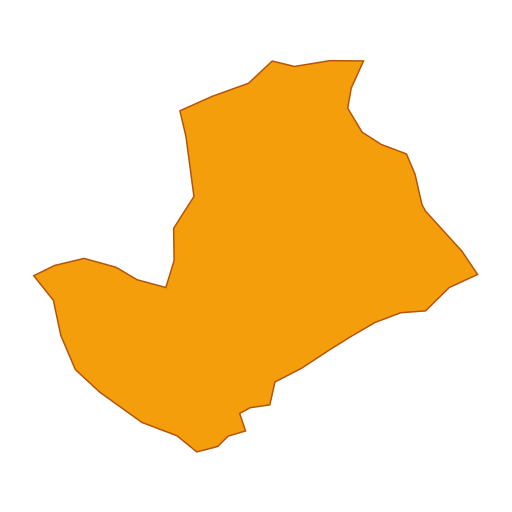 outline of Ngourkosso, Logone Occidental, Chad, rotated 91°
{"feature_id": "50815135B58104899779962", "entity_name": "Ngourkosso", "entity_type": "district", "adm_level": 2, "iso_a3": "TCD", "parent_name": "Chad", "parent_adm1": "Logone Occidental", "projection": "mercator", "projection_center": [16.377, 8.968], "detail": "fine", "context": "isolated", "style": "filled", "palette": "amber", "viewbox_px": 512, "rotation_deg": 91, "n_neighbors": 0, "source": "geoboundaries", "source_scale": "gbopen_adm2", "svg_char_len": 874}
<svg xmlns="http://www.w3.org/2000/svg" viewBox="0 0 512 512"><g transform="rotate(91 256 256)"><path d="M279.6,477.9L303.9,457.8L338.8,449.8L372.8,434.6L395.0,409.7L424.4,367.2L437.1,331.9L452.9,311.8L447.1,290.9L442.2,286.2L436.7,280.8L436.3,279.9L431.1,263.4L413.7,269.6L407.8,259.2L405.1,242.8L405.0,242.2L404.9,242.0L404.6,239.6L381.6,234.8L367.3,208.3L348.4,180.6L337.7,164.1L336.0,161.5L335.9,161.4L329.1,150.2L327.5,147.5L320.5,136.1L310.2,110.4L307.9,85.5L284.1,62.2L270.6,34.1L247.6,50.2L208.2,87.3L201.6,91.0L176.4,97.2L171.5,98.4L151.4,107.3L142.2,132.9L130.3,152.1L106.6,166.9L86.4,163.7L78.1,160.1L59.1,151.9L59.4,185.6L65.8,221.0L60.8,243.2L83.4,266.5L97.1,302.5L112.1,334.6L137.8,328.1L197.6,319.1L229.7,338.8L262.0,337.8L289.1,345.6L281.8,374.6L269.7,395.8L261.4,427.9L269.0,457.3L279.6,477.9Z" fill="#f59e0b" stroke="#b45309" stroke-width="1.5"/></g></svg>